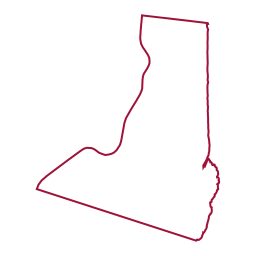 the district of Ulimang, Ngaraard, Palau
{"feature_id": "81905179B13988178862867", "entity_name": "Ulimang", "entity_type": "district", "adm_level": 2, "iso_a3": "PLW", "parent_name": "Palau", "parent_adm1": "Ngaraard", "projection": "equal_earth", "projection_center": [134.641, 7.614], "detail": "fine", "context": "isolated", "style": "outline", "palette": "rose", "viewbox_px": 256, "rotation_deg": 0, "n_neighbors": 0, "source": "geoboundaries", "source_scale": "gbopen_adm2", "svg_char_len": 3384}
<svg xmlns="http://www.w3.org/2000/svg" viewBox="0 0 256 256"><path d="M191.9,21.2L142.0,15.4L142.0,16.0L140.7,30.1L140.2,38.5L141.0,43.5L142.8,47.3L145.0,50.4L146.7,53.1L147.9,54.8L149.2,57.8L149.5,60.3L149.5,63.2L148.7,65.5L147.2,68.5L143.7,74.0L142.9,76.8L142.5,80.2L142.2,88.5L141.6,90.6L140.0,94.4L136.4,100.6L131.1,109.2L126.1,118.0L124.4,123.0L123.1,130.3L121.1,141.3L119.9,145.0L118.4,147.4L116.5,150.3L114.0,152.5L111.5,153.8L108.9,154.5L105.2,155.0L102.2,154.0L98.8,152.6L94.9,149.6L91.7,148.1L86.6,147.8L83.7,148.8L80.4,151.0L67.7,160.3L47.0,175.8L41.6,180.5L38.5,184.7L36.8,189.1L196.0,240.6L196.3,240.6L196.5,240.5L196.6,240.1L196.8,239.8L197.1,239.9L197.3,239.7L197.6,239.6L198.1,239.9L198.9,239.9L199.3,239.5L199.7,239.3L200.1,239.0L200.5,238.7L200.9,238.3L201.2,237.9L201.5,237.7L201.7,237.3L201.9,236.8L202.1,236.2L202.2,235.6L202.4,235.0L202.6,234.7L202.9,234.1L203.1,232.8L203.3,233.0L203.7,232.7L204.1,232.4L204.6,231.6L205.1,230.7L205.5,229.8L206.0,229.1L206.5,228.1L206.7,227.6L206.7,227.1L206.7,226.5L206.9,226.2L206.8,225.8L206.9,224.9L207.1,224.7L207.3,223.8L207.4,223.2L207.6,222.5L207.8,221.9L207.9,221.2L208.2,220.5L208.4,219.9L208.5,219.4L208.6,218.9L208.7,218.3L208.8,217.7L208.9,217.1L208.9,216.5L209.0,216.1L209.3,215.6L209.7,215.2L209.9,214.7L210.1,214.2L210.3,214.2L210.8,213.8L211.1,213.1L211.5,212.5L211.7,211.7L211.8,210.5L211.8,209.7L211.6,208.5L211.5,208.0L211.6,207.7L211.4,207.7L211.1,207.0L210.8,206.8L210.6,206.5L210.4,205.9L210.4,204.7L210.3,204.0L210.1,203.6L210.1,202.9L210.3,202.8L210.5,202.1L211.0,202.1L211.3,201.6L211.5,201.6L211.5,201.3L211.6,200.8L211.7,199.8L213.1,198.4L213.8,197.1L214.4,196.6L214.6,196.5L214.6,195.0L214.8,194.9L214.8,194.2L215.3,194.0L216.1,193.0L216.5,192.1L216.9,191.2L217.0,190.2L217.5,189.6L217.9,189.6L218.2,189.0L218.2,188.4L217.9,187.8L217.9,186.8L217.9,185.8L217.9,185.1L217.6,184.6L217.2,184.2L217.7,183.6L217.9,183.7L218.6,183.4L218.8,182.9L219.2,182.0L219.0,181.4L218.9,180.7L218.5,180.2L218.9,179.2L218.7,178.2L218.3,177.7L217.8,177.2L217.1,177.4L217.0,176.7L217.3,176.4L218.2,174.3L218.1,173.5L218.1,172.6L217.8,171.1L216.7,170.1L216.8,168.1L216.4,167.5L215.7,167.3L215.5,166.6L215.0,166.3L214.6,164.7L213.4,164.4L213.4,165.1L212.4,165.0L212.0,164.2L211.8,163.0L211.4,162.3L210.3,162.3L210.0,160.6L209.4,160.5L208.6,158.7L207.6,158.6L206.9,161.2L206.6,162.3L205.9,163.7L204.8,166.7L203.8,166.5L203.4,167.2L203.3,165.4L204.7,163.1L206.1,160.7L207.1,158.5L207.4,157.3L208.4,155.5L208.7,154.2L208.8,152.8L209.2,151.6L209.3,150.7L209.3,149.4L209.4,147.1L209.6,145.0L209.3,143.2L209.2,141.3L209.0,139.7L208.7,137.9L208.3,136.2L208.2,135.0L208.5,132.9L208.5,130.1L208.2,128.1L208.3,125.0L208.1,122.9L208.1,120.6L208.1,117.8L207.9,114.9L207.9,113.0L207.7,111.1L207.9,109.1L207.9,108.2L208.1,106.6L207.7,105.3L207.7,103.7L207.7,100.6L207.4,98.4L207.8,95.7L207.6,93.8L207.5,91.9L207.5,89.8L207.4,87.9L207.5,85.9L207.7,83.8L208.1,82.8L208.1,81.8L207.7,80.6L207.6,79.3L207.9,77.3L207.8,74.7L207.6,72.9L207.4,70.1L207.4,68.3L207.5,66.4L207.7,63.0L207.6,59.4L207.5,55.3L207.4,51.9L207.6,48.4L207.6,46.4L207.5,42.3L207.7,38.9L207.7,36.5L207.6,33.9L207.7,31.4L207.8,30.8L208.1,30.2L208.1,29.3L207.7,28.7L207.5,28.0L207.1,26.8L207.0,26.1L207.0,25.5L207.0,24.8L206.8,24.2L207.0,23.7L207.3,23.6L207.5,23.9L207.8,24.1L208.1,24.0L207.9,23.5L207.7,23.1L191.9,21.2Z" fill="none" stroke="#9f1239" stroke-width="2"/></svg>